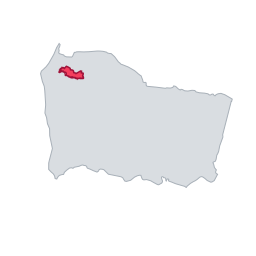 Wassa Amenfi Central, Western, Ghana shown in context, rotated 105°
{"feature_id": "2480657B10255028610816", "entity_name": "Wassa Amenfi Central", "entity_type": "district", "adm_level": 2, "iso_a3": "GHA", "parent_name": "Ghana", "parent_adm1": "Western", "projection": "orthographic", "projection_center": [-2.243, 5.739], "detail": "fine", "context": "in_parent", "style": "filled", "palette": "rose", "viewbox_px": 256, "rotation_deg": 105, "n_neighbors": 0, "source": "geoboundaries", "source_scale": "gbopen_adm2", "svg_char_len": 5638}
<svg xmlns="http://www.w3.org/2000/svg" viewBox="0 0 256 256"><g transform="rotate(105 128 128)"><path d="M156.5,31.1L158.4,32.9L158.9,34.0L158.2,37.9L156.8,40.7L155.9,43.3L156.0,44.6L156.9,45.9L159.9,48.0L161.4,49.3L163.2,51.3L165.3,53.3L168.8,55.8L170.3,56.3L170.2,57.0L169.7,58.0L169.5,67.5L169.2,70.0L169.0,71.3L168.7,74.8L168.3,75.3L167.6,75.3L167.0,75.4L166.9,76.2L167.1,76.9L169.3,77.4L168.8,77.9L167.2,78.4L166.5,79.5L166.8,80.7L166.0,81.7L166.2,82.4L166.8,82.9L167.7,82.7L170.2,81.0L171.2,80.8L172.5,81.2L174.9,83.7L175.0,84.9L174.0,89.1L173.1,92.4L173.0,96.7L174.0,99.2L173.9,100.5L172.8,101.7L170.4,103.3L170.6,104.5L171.7,106.6L173.8,109.0L177.8,111.9L180.0,115.7L180.1,117.3L178.8,118.8L177.4,120.2L176.9,122.2L177.7,135.0L174.5,140.6L174.5,142.2L174.8,144.0L175.7,145.1L177.3,145.4L178.6,146.5L178.2,150.4L177.5,154.4L177.4,156.4L177.0,157.3L175.8,158.0L175.3,159.3L175.6,160.8L175.4,162.0L176.1,163.5L177.6,165.3L179.9,169.9L180.8,170.3L181.2,171.2L181.0,172.2L181.9,174.2L184.5,176.2L187.3,178.0L189.5,178.2L190.1,179.8L191.5,181.9L192.6,182.7L194.3,183.3L195.7,183.6L195.7,185.3L193.3,186.5L191.6,188.3L190.3,191.0L188.5,193.9L182.4,195.5L180.1,195.6L167.4,195.7L155.7,201.6L148.9,203.6L144.7,206.9L139.1,209.3L135.1,212.1L127.0,213.5L113.6,218.0L109.4,219.7L105.1,222.8L98.2,226.5L95.5,226.4L90.1,223.0L86.1,221.3L76.1,218.7L68.7,217.7L65.1,216.6L64.2,216.4L65.0,215.2L67.1,215.1L69.2,215.5L70.9,214.6L73.3,214.4L73.9,213.5L74.1,211.0L74.1,209.0L74.9,208.2L75.2,205.8L74.0,200.7L73.1,200.1L68.8,199.4L68.5,198.3L67.7,197.3L66.9,194.6L66.0,190.6L64.5,185.7L61.6,177.6L60.9,174.8L60.4,171.9L60.3,168.4L60.9,167.1L60.8,165.3L60.5,163.5L62.6,159.4L66.6,154.4L67.4,152.6L68.2,151.3L68.3,149.5L69.0,143.6L70.9,136.5L72.1,133.9L72.9,132.4L73.9,130.0L74.2,128.9L77.9,126.2L79.6,125.4L79.9,124.3L79.4,123.1L79.6,122.3L80.5,121.9L81.9,121.6L82.8,120.4L81.3,111.7L80.1,103.0L80.0,102.2L79.2,101.0L78.5,97.5L77.3,95.3L75.5,94.7L75.5,92.7L77.3,89.4L77.8,87.4L76.9,86.8L76.8,85.3L77.4,82.9L77.1,81.3L76.8,79.7L75.0,75.9L74.5,73.2L75.5,71.6L75.5,68.2L74.5,62.9L74.3,59.5L75.0,58.1L74.7,56.8L73.4,55.5L73.3,54.3L74.4,53.1L74.3,52.1L72.9,51.5L71.6,49.8L70.5,47.2L70.8,43.1L72.9,35.4L73.1,34.8L75.5,34.8L75.5,35.2L82.8,35.1L91.2,35.0L101.2,34.9L110.3,34.8L110.7,34.5L112.2,34.0L121.4,34.8L127.1,34.4L129.5,34.7L131.3,35.2L135.3,34.8L137.4,35.0L139.0,36.9L139.7,36.9L140.5,36.1L142.1,35.2L143.7,34.4L144.9,32.9L145.6,31.8L146.6,32.0L148.1,32.0L149.1,31.0L149.5,29.5L156.5,31.1Z" fill="#d9dde1" stroke="#a8b0b8" stroke-width="1"/><path d="M87.0,207.5L87.3,207.5L87.5,207.9L87.6,208.0L87.6,207.9L87.7,208.0L87.8,208.1L88.0,208.2L87.9,208.3L88.0,208.4L88.1,208.5L88.2,208.4L88.4,208.4L88.4,208.5L88.5,208.5L88.5,208.4L88.6,208.5L88.8,208.6L89.1,208.6L89.2,208.4L89.3,208.6L89.4,208.4L89.6,208.5L89.8,208.4L89.8,208.2L89.9,208.3L90.1,208.4L90.3,208.5L90.2,208.7L90.3,208.8L90.5,208.7L90.5,208.9L90.6,209.0L90.9,209.1L91.3,209.0L91.9,209.1L92.0,209.0L92.0,208.9L91.9,208.9L92.0,208.7L91.8,208.6L91.8,208.4L91.7,208.4L91.8,208.3L91.7,208.2L91.3,207.9L91.3,208.0L91.3,207.9L91.2,207.8L91.3,207.7L91.1,207.8L91.0,207.7L90.9,207.7L91.1,207.6L91.2,207.4L90.9,207.2L90.7,207.0L90.5,206.9L90.4,206.9L90.3,206.5L90.3,206.4L90.2,206.3L90.3,206.2L90.2,206.1L90.3,206.0L90.3,205.9L90.3,205.7L90.3,205.4L90.4,205.2L90.5,205.2L90.5,204.9L90.4,204.9L90.5,204.8L90.4,204.7L90.3,204.4L90.6,203.8L90.6,203.6L90.5,203.1L90.8,203.1L90.7,203.0L90.7,202.7L90.8,202.5L90.7,202.3L91.0,202.0L91.1,201.9L91.4,201.8L91.5,201.7L91.8,201.7L92.0,201.6L92.4,201.8L92.5,201.9L92.8,202.1L93.0,202.1L93.1,202.3L93.2,202.2L93.3,202.1L93.4,201.8L93.3,201.7L93.0,201.7L92.9,201.7L93.0,201.5L93.2,201.4L93.1,201.1L93.1,200.9L93.1,200.7L93.2,200.3L93.3,200.2L93.3,199.9L93.2,199.8L93.2,199.7L93.3,199.6L93.4,199.4L93.3,198.9L93.5,198.9L93.5,198.7L93.8,198.6L93.8,198.4L93.8,198.1L93.9,197.9L93.8,197.7L93.7,197.4L93.8,197.3L94.0,197.0L94.1,196.8L94.1,196.7L94.1,196.4L94.1,196.1L93.9,196.0L93.9,195.9L93.8,195.7L93.5,195.8L93.5,195.7L93.4,195.6L93.5,195.5L93.6,195.4L93.4,195.4L93.2,195.1L93.0,194.8L93.1,194.6L93.3,194.5L93.5,194.4L93.5,194.5L93.7,194.4L93.7,194.2L93.4,193.9L93.3,193.7L93.2,193.6L93.2,193.4L93.3,193.4L93.2,193.2L93.1,192.9L93.3,192.9L93.2,192.6L93.3,192.6L93.4,192.3L93.2,192.1L93.1,191.9L93.3,191.7L93.2,191.6L93.2,191.4L93.4,191.3L93.3,191.2L93.4,190.9L93.2,190.9L93.3,190.9L93.4,190.7L93.2,190.5L93.2,190.4L93.3,190.2L93.3,189.9L93.3,189.7L93.5,189.6L93.3,189.5L93.4,189.4L93.3,189.2L93.2,189.1L93.1,188.9L92.9,188.6L92.7,188.5L92.8,188.5L92.8,188.3L92.7,188.3L92.6,188.1L92.5,187.9L92.5,187.7L92.4,187.6L92.3,187.4L92.3,187.2L92.2,187.0L92.3,186.9L92.2,186.8L92.2,186.7L92.3,186.6L92.2,186.3L92.3,186.3L92.4,186.2L92.2,185.9L92.2,185.7L92.2,185.4L92.1,185.2L91.9,184.9L91.7,184.8L91.7,184.7L91.9,184.5L91.8,184.3L91.8,184.2L91.7,184.0L91.4,183.9L90.9,184.1L90.7,184.1L90.4,184.3L90.5,184.3L90.5,184.5L90.4,184.5L90.1,184.7L89.9,184.8L89.7,185.1L89.4,185.2L89.0,185.4L88.8,185.4L88.6,185.4L88.4,185.3L88.2,185.3L87.8,185.2L87.7,185.2L87.2,185.3L86.9,185.4L86.9,185.5L86.9,185.8L86.8,186.0L86.8,186.3L86.8,186.5L86.7,186.4L86.7,186.5L86.7,186.8L86.7,187.0L86.4,187.2L86.4,187.3L86.3,187.5L86.1,187.4L85.9,187.4L85.9,187.5L85.7,187.5L85.6,187.8L85.6,188.1L85.4,188.1L85.5,188.3L85.4,188.4L85.3,188.5L85.2,188.4L85.2,188.6L88.9,192.3L88.5,192.7L88.6,194.7L87.2,195.3L86.6,195.9L86.6,196.2L86.4,196.9L86.7,198.6L85.3,199.4L84.7,201.2L84.5,202.7L84.3,203.3L84.5,203.6L87.0,204.9L86.9,205.1L86.7,205.0L86.4,205.7L86.4,206.1L86.5,206.2L86.7,206.6L86.6,206.8L86.8,207.0L86.7,207.3L86.8,207.3L87.0,207.5Z" fill="#f43f5e" stroke="#9f1239" stroke-width="1.5"/></g></svg>